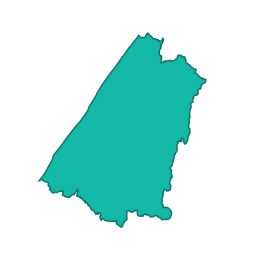 Mananjary, Vatovavy-Fitovinany, Madagascar (Mercator projection), rotated 198°
{"feature_id": "10022922B52512193010711", "entity_name": "Mananjary", "entity_type": "district", "adm_level": 2, "iso_a3": "MDG", "parent_name": "Madagascar", "parent_adm1": "Vatovavy-Fitovinany", "projection": "mercator", "projection_center": [48.046, -21.236], "detail": "fine", "context": "isolated", "style": "filled", "palette": "teal", "viewbox_px": 256, "rotation_deg": 198, "n_neighbors": 0, "source": "geoboundaries", "source_scale": "gbopen_adm2", "svg_char_len": 5691}
<svg xmlns="http://www.w3.org/2000/svg" viewBox="0 0 256 256"><g transform="rotate(198 128 128)"><path d="M69.2,198.4L70.8,197.8L71.7,198.2L72.6,197.9L73.0,198.4L74.5,197.7L74.8,197.8L74.8,198.3L75.3,198.8L77.1,199.3L79.2,200.7L80.4,201.1L81.5,201.1L81.4,202.0L81.2,202.4L81.4,202.9L81.1,204.2L81.4,204.8L82.8,204.5L84.0,204.6L85.0,205.3L85.6,205.2L85.9,205.4L87.0,205.5L88.2,206.6L91.0,207.4L91.9,208.0L92.8,208.0L93.4,208.3L93.7,210.1L94.0,210.5L95.0,210.9L95.6,212.9L96.2,213.1L98.6,212.3L99.4,213.4L99.9,213.5L100.4,213.2L100.9,213.0L102.4,213.0L102.7,212.7L103.1,211.7L102.7,209.3L104.4,207.4L104.8,206.4L105.5,205.8L106.2,205.7L106.8,205.2L107.4,205.2L108.0,205.0L108.6,205.4L110.3,204.5L110.6,204.1L111.7,203.7L112.6,203.7L112.8,203.3L112.4,202.7L112.5,202.5L112.9,202.7L113.4,202.5L113.7,202.7L114.1,202.3L114.7,202.3L115.0,201.4L115.6,201.1L116.1,200.5L116.5,200.4L116.6,201.0L117.3,201.6L117.2,203.3L117.4,203.8L117.9,204.1L117.8,205.2L118.2,205.5L118.2,206.4L119.0,207.0L119.4,206.4L119.7,206.4L120.5,207.5L121.4,208.4L121.7,209.4L122.0,210.9L122.0,212.2L121.5,214.1L121.8,214.9L121.7,216.3L121.9,216.7L122.8,217.1L122.9,217.5L122.5,218.2L121.9,218.4L121.8,218.7L121.4,220.7L121.8,222.0L121.4,222.7L121.8,223.4L122.5,224.0L122.7,223.6L122.6,222.7L122.8,222.0L124.0,220.2L124.4,220.0L125.6,220.9L126.2,220.9L126.6,220.3L126.8,221.0L127.2,221.2L127.8,221.0L129.1,221.0L129.6,221.4L131.2,220.6L132.3,220.8L133.9,222.4L135.2,222.6L138.4,224.3L138.8,224.1L139.3,223.2L139.0,222.7L139.2,222.1L139.8,221.3L139.4,220.0L139.9,219.3L142.1,218.7L142.1,218.3L142.8,218.0L143.5,218.1L144.2,217.8L144.6,218.0L145.3,219.0L146.0,219.4L146.5,219.4L147.2,216.7L148.5,213.5L148.7,212.2L148.8,212.1L149.0,212.2L150.7,207.3L152.2,203.6L154.0,197.1L155.5,193.3L159.7,179.8L160.5,178.2L162.9,171.0L163.4,169.0L165.7,161.8L168.1,152.1L168.5,148.4L171.6,135.9L171.6,131.6L172.2,130.5L173.5,125.5L174.8,121.9L174.8,121.1L178.8,112.1L183.7,98.0L186.5,89.3L190.1,79.9L190.4,77.5L190.1,74.9L191.7,66.9L192.3,63.1L193.2,59.1L194.6,54.4L195.7,51.8L196.1,50.3L195.6,50.6L195.3,51.6L194.1,52.3L193.5,52.3L191.3,51.5L190.0,51.3L189.6,51.3L188.8,51.6L187.0,51.3L186.4,50.8L186.3,49.0L185.9,48.3L183.5,47.5L183.1,47.1L183.7,45.8L183.7,45.3L183.5,45.1L182.1,44.7L180.6,43.4L179.7,43.0L178.3,43.4L177.8,44.6L175.8,44.7L174.5,45.6L173.6,46.8L172.2,46.9L171.6,47.3L170.9,48.2L170.2,48.3L169.9,48.1L169.9,47.2L169.6,46.6L169.9,46.1L169.5,44.8L169.6,44.1L166.9,43.4L164.0,43.3L162.5,43.9L161.8,44.7L160.7,46.8L160.0,47.9L158.6,47.9L158.1,50.8L157.1,52.7L157.1,53.1L157.5,53.7L157.4,54.0L157.1,54.1L156.9,53.9L156.1,52.3L156.0,49.5L155.6,47.4L154.5,47.5L153.0,47.2L152.6,47.5L152.4,48.0L152.1,48.0L151.6,46.8L150.8,46.6L150.0,46.7L149.6,46.3L148.9,46.2L148.3,45.4L147.8,45.3L147.3,44.9L146.9,44.9L146.5,45.5L146.1,45.4L145.7,44.6L145.6,43.8L145.4,43.5L144.9,43.7L144.7,44.5L144.3,44.6L142.9,43.2L142.6,42.6L142.2,42.9L141.7,42.9L141.6,42.7L141.7,42.3L141.6,42.1L139.5,41.1L138.3,39.7L137.2,39.0L135.4,38.8L134.4,38.2L133.8,37.5L132.9,37.0L132.1,36.1L131.8,36.1L131.6,36.3L131.2,37.5L130.4,36.8L130.0,36.7L129.7,36.9L129.7,37.1L130.1,38.0L128.4,38.4L127.5,38.2L127.4,37.5L127.5,36.5L127.0,35.9L127.2,35.0L126.1,32.9L125.4,32.3L125.0,32.1L124.7,33.2L124.7,33.7L124.5,34.0L123.8,33.8L122.7,33.8L120.9,32.9L119.6,33.3L118.3,33.3L117.5,33.6L115.4,33.9L113.1,34.9L112.6,34.8L112.2,35.2L111.5,35.1L110.4,36.2L110.2,36.1L109.8,35.4L109.9,34.2L109.2,33.8L109.0,33.1L107.4,32.9L106.5,32.3L105.3,32.1L104.5,31.7L103.9,31.7L103.1,32.4L102.9,33.0L102.8,33.5L103.3,35.0L103.3,35.6L102.3,37.2L102.2,38.7L101.7,39.6L101.0,40.1L100.8,41.2L102.1,43.9L102.7,46.7L103.5,47.5L103.1,48.5L102.5,49.0L101.7,49.4L101.2,50.0L100.4,49.3L100.1,49.5L99.6,49.5L98.6,48.8L98.1,49.3L98.1,49.8L96.7,50.2L95.0,52.7L94.5,52.9L94.0,52.3L93.6,52.2L93.5,52.5L93.4,51.1L92.9,50.5L92.3,48.8L91.9,48.2L91.7,48.0L89.7,47.7L88.3,48.1L87.5,48.6L86.5,48.8L86.6,50.0L86.4,50.5L85.6,51.1L84.5,50.9L84.4,51.7L83.9,51.7L83.4,51.3L82.7,51.5L80.5,51.1L78.9,50.4L78.1,50.7L77.7,51.0L76.4,51.6L75.2,53.0L74.3,53.4L73.5,53.3L72.6,52.8L71.4,52.6L70.1,52.5L67.1,51.4L65.6,52.1L63.3,52.8L62.7,53.2L61.6,53.5L61.0,54.2L60.0,56.1L59.9,58.7L60.4,60.8L61.1,61.9L63.5,63.7L66.0,64.6L69.3,63.7L69.8,63.3L70.2,63.8L70.4,64.7L71.3,65.9L72.5,66.5L72.8,68.9L73.7,71.0L73.8,73.0L73.7,73.7L74.0,74.5L73.9,75.3L74.6,76.8L74.3,77.1L74.3,77.5L74.7,79.9L74.6,80.3L73.2,81.3L71.6,80.0L71.1,80.5L70.0,80.9L69.5,81.3L69.0,81.9L68.8,82.6L69.1,84.7L69.5,85.3L69.4,86.3L71.1,88.1L71.7,90.2L71.7,91.2L71.2,94.2L70.8,94.8L71.6,94.8L71.2,95.4L71.3,95.8L73.2,98.9L73.4,101.0L74.8,102.2L75.6,103.4L75.5,104.1L74.7,105.3L74.6,106.4L74.8,108.1L74.7,110.3L75.2,114.6L75.3,115.5L75.7,116.7L75.0,117.7L75.3,119.2L74.6,120.0L74.5,120.4L74.7,121.8L74.6,123.0L75.3,124.1L76.3,127.7L75.8,128.9L76.2,129.7L76.4,130.2L76.0,130.9L75.6,130.7L75.2,131.0L75.4,131.4L75.2,131.8L74.2,131.6L73.6,131.3L72.7,132.2L72.8,132.5L73.8,133.0L73.9,133.5L73.8,134.4L73.1,134.8L72.4,134.7L71.0,133.4L70.3,131.3L69.9,131.3L69.5,131.0L69.4,130.5L68.8,130.4L68.5,130.8L68.0,131.2L68.0,132.9L67.5,133.8L67.6,135.5L68.1,138.3L68.1,139.3L67.8,140.4L67.6,142.2L67.6,143.0L68.1,143.7L68.7,145.5L69.3,146.5L70.3,147.2L71.1,148.9L71.3,152.0L71.9,153.0L71.8,153.5L72.0,154.1L72.5,154.7L72.3,155.2L72.6,156.3L72.3,156.9L73.5,159.7L74.6,163.4L74.4,166.8L74.6,167.9L75.0,168.3L76.0,171.1L75.1,172.1L74.3,172.6L74.3,172.8L75.2,175.0L75.2,175.9L75.0,177.1L75.6,178.1L73.9,180.3L73.4,180.5L72.8,180.4L71.9,182.2L72.8,183.5L72.9,186.1L72.7,187.0L72.2,187.8L71.4,187.3L71.1,187.8L71.4,190.1L71.2,191.2L71.4,192.3L70.9,192.6L70.6,193.4L69.6,194.2L68.6,195.4L68.6,196.4L68.9,197.1L69.2,198.4Z" fill="#14b8a6" stroke="#0f766e" stroke-width="1.5"/></g></svg>